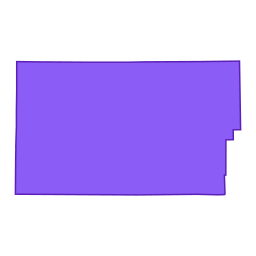 outline of Moffat, Colorado, United States of America
{"feature_id": "52423323B20517885523986", "entity_name": "Moffat", "entity_type": "district", "adm_level": 2, "iso_a3": "USA", "parent_name": "United States of America", "parent_adm1": "Colorado", "projection": "albers", "projection_center": [-108.223, 40.612], "detail": "fine", "context": "isolated", "style": "filled", "palette": "violet", "viewbox_px": 256, "rotation_deg": 0, "n_neighbors": 0, "source": "geoboundaries", "source_scale": "gbopen_adm2", "svg_char_len": 512}
<svg xmlns="http://www.w3.org/2000/svg" viewBox="0 0 256 256"><path d="M225.0,194.1L224.4,175.1L225.8,175.1L225.9,139.8L233.3,139.7L233.2,129.8L240.6,129.7L239.5,61.1L233.1,61.2L199.9,61.6L162.2,61.8L145.8,61.9L128.4,62.2L119.5,62.2L87.4,62.2L84.0,62.2L70.6,62.1L38.1,61.9L16.7,61.6L16.7,91.4L16.4,110.4L16.4,119.2L16.4,120.8L16.4,126.6L16.0,140.1L15.8,146.9L15.9,147.8L15.7,156.4L15.4,194.2L137.4,194.9L197.1,194.3L217.7,194.8L224.5,194.6L225.0,194.1Z" fill="#8b5cf6" stroke="#5b21b6" stroke-width="1.5"/></svg>